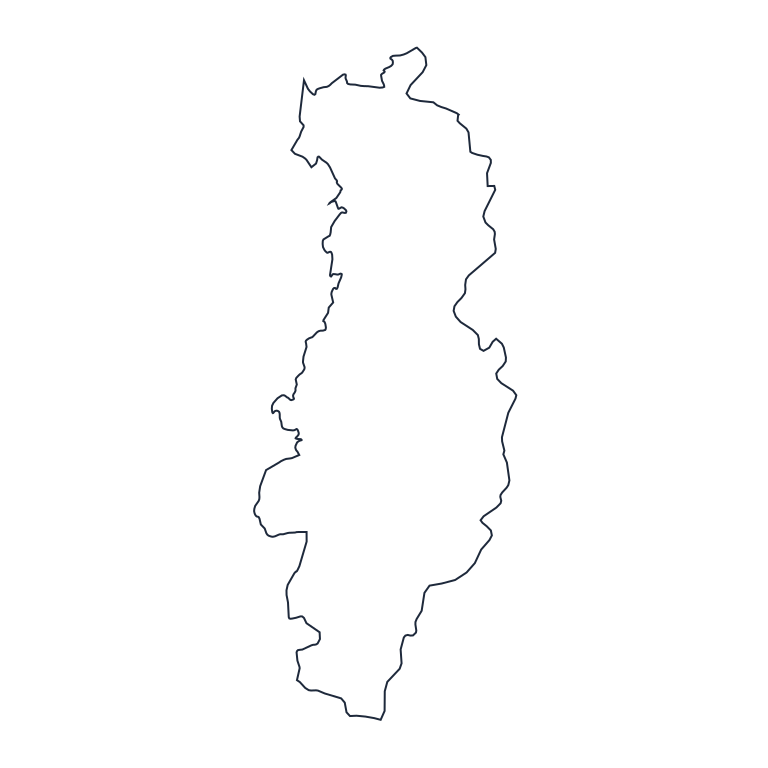 the border of Prešov, rotated 89°
{"feature_id": "SVK-1058", "entity_name": "Prešov", "entity_type": "Region", "adm_level": 1, "iso_a3": "SVK", "parent_name": "Slovakia", "parent_adm1": "", "projection": "orthographic", "projection_center": [21.049, 49.105], "detail": "fine", "context": "isolated", "style": "outline", "palette": "slate", "viewbox_px": 768, "rotation_deg": 89, "n_neighbors": 0, "source": "natural_earth", "source_scale": "10m", "svg_char_len": 6095}
<svg xmlns="http://www.w3.org/2000/svg" viewBox="0 0 768 768"><g transform="rotate(89 384 384)"><path d="M397.5,251.9L400.9,252.8L414.9,260.2L439.3,267.0L443.4,266.9L452.7,264.8L456.4,265.9L464.7,262.5L482.6,260.3L487.3,261.5L489.8,263.2L494.5,267.7L497.0,269.4L498.9,269.7L502.8,268.8L505.3,269.5L509.5,273.8L518.0,286.7L521.9,289.8L524.5,288.0L528.0,283.8L532.3,279.7L537.3,278.8L541.9,281.3L551.2,289.7L564.7,296.3L573.9,304.7L581.2,316.3L584.5,329.8L586.4,342.0L593.5,347.2L611.4,350.3L619.6,355.5L622.5,356.7L625.0,356.8L631.1,356.0L633.1,356.4L635.9,359.4L636.0,362.1L635.3,364.6L635.9,367.0L637.8,368.6L649.7,372.0L663.6,371.3L669.0,373.3L681.9,385.9L691.2,388.6L710.9,389.1L719.7,393.2L717.9,399.6L716.2,408.4L715.2,417.3L715.4,423.8L711.6,427.2L701.9,428.8L697.6,432.3L692.4,448.6L689.4,455.4L689.1,457.3L689.2,462.3L688.8,464.6L686.5,468.1L680.5,473.4L678.6,476.2L666.8,473.3L665.5,473.4L659.1,475.4L650.8,476.1L649.5,475.6L648.6,474.7L648.3,472.8L648.1,470.3L644.0,461.1L643.5,459.3L643.5,457.9L643.2,456.4L642.3,454.9L637.9,452.5L631.1,452.7L621.8,465.7L616.5,468.1L615.0,469.8L614.9,470.7L614.9,471.6L616.2,476.0L616.9,479.7L617.1,481.5L616.8,482.7L616.3,483.0L615.4,483.3L600.8,483.8L593.3,485.1L588.6,485.1L583.2,483.8L571.6,476.9L570.1,475.5L570.1,475.0L569.5,474.3L568.1,473.5L564.7,471.8L540.2,464.1L530.6,464.0L530.5,473.7L530.9,475.2L531.0,476.3L531.1,481.3L531.3,482.8L532.5,487.5L532.4,489.9L532.5,490.9L532.9,492.1L534.3,495.4L534.7,497.0L534.8,498.4L534.4,500.0L533.6,502.1L532.6,503.3L531.2,504.2L526.4,505.8L522.3,509.6L516.6,510.8L514.9,511.6L514.6,512.1L514.3,513.4L513.9,514.0L513.2,514.6L512.2,515.2L510.8,515.7L508.8,516.1L506.4,515.8L503.6,514.9L498.8,511.4L497.0,510.7L494.9,510.5L490.5,510.7L484.0,509.6L468.0,503.4L460.6,490.2L459.4,488.4L458.0,485.4L457.2,483.1L456.8,479.2L456.5,477.4L453.5,470.0L450.0,471.8L449.3,472.5L448.2,473.2L446.1,473.8L444.2,473.5L440.9,471.9L439.8,470.5L439.2,469.3L439.0,468.3L438.7,467.4L438.3,467.4L437.7,468.1L437.5,471.0L437.2,472.5L436.8,473.3L436.1,473.1L435.1,471.9L433.3,470.4L432.3,470.1L431.1,470.2L428.7,471.0L427.8,471.6L427.5,472.3L428.4,473.9L428.7,474.8L428.8,476.0L428.2,481.0L427.4,483.7L426.7,485.4L425.8,486.2L424.9,486.7L424.1,486.9L420.0,487.4L417.1,488.6L415.9,488.8L412.3,488.8L411.0,489.0L410.0,489.4L409.4,490.1L409.0,490.9L408.8,491.7L408.9,492.5L409.1,493.3L409.5,493.9L411.1,495.3L411.2,495.6L410.9,495.9L410.2,496.2L406.8,496.6L403.8,496.3L401.0,494.9L396.4,490.7L393.6,486.3L393.5,484.5L393.7,483.7L394.2,482.9L395.7,481.1L396.0,480.3L396.6,479.6L398.1,478.1L398.4,477.5L398.5,476.9L398.1,475.6L397.9,475.0L397.6,474.5L396.9,474.3L395.3,475.0L393.9,475.1L392.7,474.7L390.9,473.4L389.2,472.6L386.7,472.6L383.0,471.2L377.9,472.2L376.4,471.6L374.2,469.5L372.9,468.1L371.7,466.2L371.0,465.5L368.0,463.5L367.0,463.2L365.8,463.1L361.2,464.6L360.0,464.6L355.2,464.0L345.6,460.8L342.1,461.2L340.4,461.6L339.4,461.3L338.4,460.3L337.0,458.1L336.2,455.9L336.1,455.3L335.4,454.3L331.2,450.2L330.1,448.5L329.6,446.7L329.6,444.8L329.5,443.8L328.9,441.8L327.9,441.3L326.4,441.1L323.0,441.6L321.5,442.1L320.6,442.6L320.4,443.1L320.1,443.6L319.0,443.4L311.9,438.7L306.6,437.9L301.6,433.4L293.6,435.1L292.4,435.0L290.8,434.6L288.0,433.2L287.2,432.3L287.1,431.3L288.1,430.2L287.9,429.4L286.6,428.7L282.6,427.7L276.7,425.0L273.9,424.3L273.2,424.5L272.9,425.5L273.1,426.3L273.7,427.6L273.8,428.6L273.6,429.7L273.3,431.2L273.2,432.9L273.5,433.3L273.9,433.7L275.6,435.0L275.5,435.4L275.1,435.8L274.2,436.1L258.4,433.4L253.8,433.6L252.2,434.1L251.2,434.6L250.9,435.1L250.9,435.7L251.0,436.3L251.7,437.8L251.8,438.3L251.7,438.7L250.4,440.1L249.7,440.7L248.6,441.4L246.0,442.6L242.9,442.9L239.9,442.7L238.4,442.0L235.3,436.8L234.9,435.8L233.6,435.2L231.5,434.7L226.2,434.1L220.2,430.5L213.6,425.3L212.2,424.0L211.7,422.9L212.3,420.1L212.1,419.1L210.8,418.6L209.7,418.9L207.7,420.9L206.9,422.2L206.6,423.5L207.9,425.8L208.0,426.5L207.1,427.0L201.1,429.0L200.4,429.4L200.3,429.9L200.3,430.8L200.8,432.7L201.2,433.7L201.6,434.4L202.3,435.1L202.5,435.5L202.0,435.2L201.1,434.1L197.2,428.4L191.5,424.4L189.7,424.0L189.4,423.5L188.8,423.0L188.2,422.7L187.1,423.2L183.2,427.0L182.0,427.6L181.2,427.7L180.7,427.4L180.0,427.5L179.3,427.9L177.6,429.4L166.5,434.2L163.1,436.3L161.8,437.6L158.6,442.1L155.6,444.9L155.5,445.7L156.2,446.5L159.1,447.0L162.4,448.1L166.0,452.8L158.5,457.6L157.1,459.0L155.3,461.5L152.3,469.0L148.5,472.5L138.3,466.3L136.5,464.8L135.1,464.1L130.2,462.4L125.6,459.9L123.9,459.9L119.9,463.4L115.1,463.7L78.9,458.7L87.5,454.9L90.2,452.9L93.0,450.0L93.6,448.5L93.0,447.6L90.2,447.0L89.0,446.5L88.2,445.7L87.7,444.6L87.2,443.1L86.2,439.3L85.9,436.0L85.1,434.1L83.9,432.5L82.4,431.0L74.0,419.6L73.7,418.0L74.0,417.0L74.9,416.8L76.7,417.1L78.0,417.0L80.8,415.8L82.5,415.6L83.4,414.6L83.9,412.3L84.2,407.5L85.5,402.0L85.8,398.8L86.0,394.5L87.7,383.2L87.5,380.2L86.9,378.6L85.5,378.7L84.2,379.1L80.8,380.7L75.8,381.5L74.8,381.5L74.0,380.8L73.3,379.7L72.5,378.3L71.8,377.9L71.1,378.2L70.5,378.9L69.7,378.5L68.7,377.1L67.2,373.3L66.0,371.2L64.5,369.8L63.0,369.5L61.1,369.6L60.1,370.2L59.3,371.2L58.8,371.9L58.1,372.0L57.3,371.5L56.1,369.4L55.9,366.9L55.8,362.2L54.9,358.6L53.7,355.5L48.6,346.4L48.3,345.2L53.3,340.2L57.9,336.9L65.9,336.1L72.9,339.9L85.6,352.2L93.9,356.4L98.9,352.7L101.6,343.1L103.2,329.7L106.3,326.0L108.1,321.8L109.6,317.2L114.5,306.5L116.0,304.6L116.6,305.2L122.1,305.9L124.6,303.7L130.1,297.2L133.9,295.1L153.3,293.6L154.5,291.9L156.4,286.6L157.7,281.1L158.3,277.6L159.2,275.2L161.8,273.3L164.8,273.3L175.0,277.3L187.9,276.9L187.9,270.3L191.8,269.4L212.9,280.4L218.3,281.8L224.3,279.7L227.1,277.0L231.2,272.1L233.7,270.7L236.0,270.5L241.4,271.4L250.9,269.9L254.8,270.6L276.9,297.3L280.8,300.2L286.4,301.1L290.7,300.9L294.6,301.5L299.3,305.0L303.4,309.2L307.5,312.2L312.1,313.1L317.9,311.0L323.4,306.3L331.5,294.3L336.7,289.3L340.6,288.4L345.9,288.4L350.5,287.4L352.6,283.9L349.5,278.1L343.7,274.6L340.7,271.1L345.8,265.4L349.6,263.6L359.7,261.6L363.6,261.9L368.1,265.0L371.7,269.0L375.5,271.6L380.9,270.7L385.2,266.7L392.9,255.1L397.5,251.9Z" fill="none" stroke="#1e293b" stroke-width="2"/></g></svg>